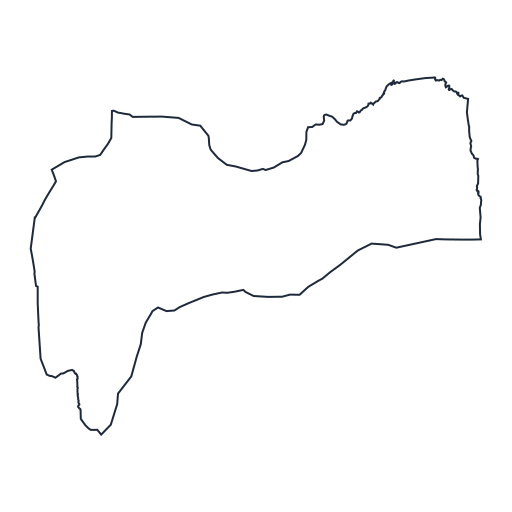 Mountain Province, Mountain Province, Philippines (Equal Earth projection)
{"feature_id": "2640588B69436428808540", "entity_name": "Mountain Province", "entity_type": "district", "adm_level": 2, "iso_a3": "PHL", "parent_name": "Philippines", "parent_adm1": "Mountain Province", "projection": "equal_earth", "projection_center": [121.216, 17.057], "detail": "fine", "context": "isolated", "style": "outline", "palette": "slate", "viewbox_px": 512, "rotation_deg": 0, "n_neighbors": 0, "source": "geoboundaries", "source_scale": "gbopen_adm2", "svg_char_len": 5659}
<svg xmlns="http://www.w3.org/2000/svg" viewBox="0 0 512 512"><path d="M51.7,169.7L53.5,174.2L56.0,181.3L53.1,186.2L48.6,193.5L45.0,199.6L41.6,206.3L35.2,217.6L34.8,217.5L30.7,248.7L31.9,254.9L33.1,261.8L34.7,271.9L34.4,273.5L36.0,285.9L37.7,286.7L37.7,303.4L38.6,322.9L38.7,323.4L38.8,325.6L38.5,327.2L40.6,358.7L46.7,374.5L49.5,375.8L52.2,376.2L55.4,377.7L58.4,375.6L60.9,373.6L63.4,373.4L67.8,370.9L72.1,369.9L73.6,370.8L73.6,371.0L73.9,371.1L74.0,371.2L74.1,371.3L74.3,372.1L74.5,372.5L74.7,372.9L75.0,373.2L75.1,373.5L75.4,373.7L75.7,373.4L75.8,373.4L76.1,373.7L76.2,374.1L76.8,374.6L76.9,375.1L77.1,375.8L77.2,376.0L77.4,376.1L77.6,376.4L77.6,376.8L77.4,377.2L77.4,377.5L77.5,377.9L77.7,378.3L77.6,378.6L77.4,378.9L77.4,379.1L77.0,379.4L77.0,379.8L77.1,380.2L77.2,380.5L77.2,380.9L77.4,385.7L77.3,386.2L77.2,386.7L77.3,386.9L77.5,387.1L77.7,387.3L77.7,387.5L77.7,387.9L77.8,388.0L77.6,388.5L77.6,388.9L77.4,389.5L77.6,393.3L77.6,393.7L77.8,393.8L77.9,394.0L77.7,394.1L77.6,394.3L77.7,395.1L77.7,395.5L77.8,395.9L77.8,396.6L78.1,397.1L78.1,397.7L78.2,398.1L78.2,398.8L78.1,399.2L78.3,400.0L78.6,400.4L78.5,401.3L78.5,401.7L78.4,402.1L78.4,402.5L78.8,403.2L78.9,403.6L79.0,403.8L79.3,404.0L79.4,404.4L79.3,404.7L79.2,404.8L78.8,405.2L78.6,405.3L78.5,405.5L78.2,406.0L78.1,406.9L78.2,407.0L78.7,407.5L79.0,407.9L79.1,408.1L79.5,408.6L79.8,408.7L80.0,408.8L80.5,409.3L80.6,409.7L80.5,410.5L80.6,410.9L80.8,418.9L85.4,425.3L88.3,428.2L90.8,429.9L94.6,429.9L97.3,429.8L101.2,434.6L110.8,424.7L117.2,404.1L118.0,393.6L131.3,376.4L136.7,356.8L138.9,350.0L140.8,344.1L142.2,332.8L145.7,322.8L147.9,319.0L150.8,314.2L152.5,311.1L158.0,307.5L166.5,311.1L174.4,310.5L179.9,307.0L188.7,303.1L203.7,297.0L212.7,294.5L222.1,292.5L227.1,292.8L234.2,291.8L243.3,289.9L245.6,292.0L253.6,296.0L268.2,296.9L282.2,296.7L290.1,294.6L299.4,294.8L299.9,294.5L308.2,286.9L317.8,281.1L322.3,278.7L330.5,271.9L340.0,265.0L357.8,250.5L371.6,243.6L388.2,244.8L396.3,247.7L435.9,239.1L445.7,239.4L462.2,239.6L471.8,239.6L480.9,239.4L480.1,234.4L479.9,224.1L480.6,217.6L479.8,207.8L480.9,204.8L481.0,202.3L481.3,200.3L481.1,199.5L480.9,198.9L480.7,198.6L480.6,198.4L480.8,198.1L480.8,197.7L480.7,197.1L480.6,196.8L480.3,196.7L478.7,195.4L478.4,194.9L478.3,194.4L478.1,193.7L478.1,193.3L478.4,193.1L478.2,192.6L478.3,192.6L478.5,192.5L478.5,191.3L478.3,191.1L478.0,190.9L477.6,191.1L477.4,191.1L477.3,190.9L477.2,190.9L476.9,190.2L476.7,190.1L476.6,189.9L476.9,189.2L477.1,188.0L477.2,187.5L476.8,186.1L478.1,183.5L478.2,179.2L478.2,178.5L478.3,175.9L477.7,173.8L477.9,169.1L477.8,168.1L477.6,166.3L477.4,162.2L477.4,160.5L478.0,159.0L477.3,158.7L475.7,158.7L474.0,157.7L473.9,156.6L473.3,155.1L472.1,154.0L470.5,150.6L470.8,147.6L471.2,146.4L470.4,143.3L470.7,142.1L471.3,141.5L471.2,140.3L470.5,139.2L469.7,136.9L469.1,130.5L469.2,127.1L468.6,124.5L467.8,119.2L466.9,112.3L468.1,98.9L463.7,97.8L462.3,95.4L460.9,95.8L460.3,96.3L460.1,96.4L459.5,95.7L458.1,95.0L458.0,94.6L458.2,94.1L458.4,93.6L458.5,92.9L458.3,92.7L457.9,92.7L457.4,93.7L457.1,93.7L456.8,92.7L456.3,91.9L455.9,91.6L455.6,91.5L455.1,91.6L454.3,91.4L453.7,91.1L452.4,90.0L451.9,89.2L451.2,88.9L450.6,89.2L450.4,89.2L449.9,89.5L449.4,90.0L449.1,90.0L448.7,89.4L449.3,87.3L449.3,86.4L449.2,85.7L448.7,85.5L447.7,85.8L447.2,86.3L446.6,86.8L445.9,87.3L445.5,86.5L445.3,84.3L445.8,83.3L446.2,82.5L445.4,81.7L444.7,81.4L444.4,80.3L443.8,79.2L442.8,78.7L441.6,80.1L440.8,79.9L440.3,79.8L439.8,80.1L439.3,80.5L438.7,80.5L438.3,80.3L436.7,80.1L436.4,80.3L436.0,80.5L435.7,80.5L435.5,80.1L435.0,79.1L435.0,78.7L435.3,78.0L435.1,77.6L434.9,77.5L434.5,77.4L434.2,77.4L433.9,77.6L426.0,78.0L415.6,79.4L408.6,80.5L404.5,81.4L403.9,81.5L403.5,81.5L402.7,81.3L401.6,81.4L400.5,82.0L400.3,82.1L400.1,82.6L399.8,82.9L399.5,83.1L399.2,83.1L398.8,83.1L398.4,82.9L398.0,82.6L397.7,82.3L397.6,82.2L396.9,82.1L396.6,82.3L395.8,82.7L395.6,83.0L395.6,83.3L395.3,83.5L394.9,83.8L394.4,83.9L394.0,83.7L393.8,83.5L393.7,83.2L393.7,82.9L393.9,81.7L393.9,80.7L393.7,80.5L393.4,80.7L393.2,81.2L393.2,81.4L393.3,82.0L393.3,82.3L393.2,82.4L392.9,82.5L392.0,82.5L391.7,82.7L391.6,82.9L391.7,83.3L391.9,83.5L392.0,84.3L392.0,84.6L391.8,84.8L391.6,84.9L391.1,84.7L390.8,83.6L390.7,83.3L390.5,83.2L390.3,83.3L388.6,84.5L386.7,86.3L386.3,87.1L385.7,88.6L385.5,89.6L385.0,90.6L384.5,91.0L384.2,91.8L383.9,92.3L384.2,93.2L383.9,93.9L383.2,94.0L382.7,95.3L382.3,95.5L381.5,97.0L380.9,97.5L380.2,97.9L379.8,97.9L379.8,98.8L379.0,99.5L378.4,100.4L377.6,101.1L377.1,101.3L375.8,101.5L374.9,102.4L373.9,103.4L373.3,103.5L373.1,104.5L370.8,102.7L370.1,103.5L368.5,103.6L368.4,104.7L367.9,105.8L366.9,106.8L365.0,107.8L364.0,108.0L362.8,108.7L362.0,109.8L360.8,110.5L359.5,112.4L358.8,112.5L358.1,111.8L357.0,111.3L356.0,113.0L354.2,113.2L353.5,113.8L352.7,115.7L351.9,118.6L350.3,120.5L348.5,120.4L347.7,120.6L346.5,123.6L345.6,124.3L343.6,124.8L340.7,124.4L337.0,121.8L334.9,119.2L332.2,116.7L329.1,115.7L326.2,114.5L324.3,115.1L323.7,116.7L324.2,120.6L322.5,124.1L319.5,124.7L315.6,124.5L312.2,127.0L308.1,127.2L306.4,131.9L306.3,139.8L305.0,144.7L301.2,152.8L301.0,153.1L297.9,156.0L288.7,161.0L282.4,162.3L273.9,167.5L265.7,170.0L262.8,168.9L257.5,170.5L251.5,171.0L235.8,166.5L226.8,164.8L218.0,158.1L211.2,150.3L210.3,148.7L209.9,147.2L209.3,145.2L209.2,144.2L208.8,138.0L208.4,135.8L201.8,127.6L200.3,125.7L191.8,124.5L178.6,117.9L161.9,116.6L147.9,116.7L132.7,116.9L129.6,114.5L123.4,113.6L120.7,113.0L118.3,112.7L116.5,111.9L114.7,111.1L113.3,110.7L112.0,110.9L111.9,112.5L111.9,116.9L111.6,123.3L111.3,138.0L107.9,143.9L103.8,149.6L100.2,154.9L95.3,156.5L88.1,156.5L78.9,157.4L64.5,162.1L51.7,169.7Z" fill="none" stroke="#1e293b" stroke-width="2"/></svg>